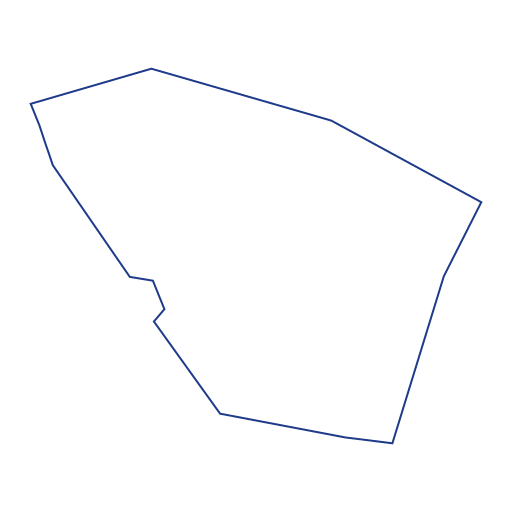 the district of Polystypos, Nicosia, Cyprus
{"feature_id": "46923920B95687331058871", "entity_name": "Polystypos", "entity_type": "district", "adm_level": 2, "iso_a3": "CYP", "parent_name": "Cyprus", "parent_adm1": "Nicosia", "projection": "robinson", "projection_center": [33.013, 34.938], "detail": "fine", "context": "isolated", "style": "outline", "palette": "blue", "viewbox_px": 512, "rotation_deg": 0, "n_neighbors": 0, "source": "geoboundaries", "source_scale": "gbopen_adm2", "svg_char_len": 348}
<svg xmlns="http://www.w3.org/2000/svg" viewBox="0 0 512 512"><path d="M481.3,202.2L331.3,120.6L151.3,68.7L30.7,103.8L39.3,125.1L46.1,145.6L48.9,153.6L52.8,165.2L68.6,188.1L120.7,263.7L129.8,276.9L152.9,280.7L164.4,309.2L153.9,321.5L220.1,413.7L345.0,437.4L392.4,443.3L443.8,276.3L481.3,202.2Z" fill="none" stroke="#1e3a8a" stroke-width="2"/></svg>